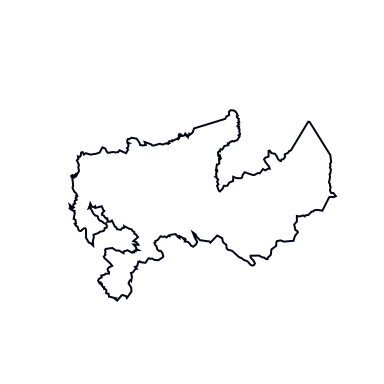 Ixcamilpa de Guerrero, Puebla, Mexico, rotated 135°
{"feature_id": "50627088B64482262192688", "entity_name": "Ixcamilpa de Guerrero", "entity_type": "district", "adm_level": 2, "iso_a3": "MEX", "parent_name": "Mexico", "parent_adm1": "Puebla", "projection": "equal_earth", "projection_center": [-98.671, 18.028], "detail": "fine", "context": "isolated", "style": "outline", "palette": "ink", "viewbox_px": 384, "rotation_deg": 135, "n_neighbors": 0, "source": "geoboundaries", "source_scale": "gbopen_adm2", "svg_char_len": 6096}
<svg xmlns="http://www.w3.org/2000/svg" viewBox="0 0 384 384"><g transform="rotate(135 192 192)"><path d="M60.1,159.5L92.6,151.5L94.7,152.3L95.9,151.7L99.9,153.0L101.5,150.9L104.2,150.6L106.0,151.7L107.3,151.0L107.9,152.4L107.9,154.5L106.7,157.9L106.4,160.5L108.3,163.2L107.8,166.3L108.7,166.9L112.9,162.9L115.8,164.4L117.9,164.2L118.9,161.2L119.6,155.3L120.6,153.5L121.5,154.6L124.9,155.5L125.6,158.1L130.6,157.2L132.2,158.9L135.6,159.8L136.9,160.9L140.9,168.8L144.5,168.1L146.3,166.8L147.9,167.3L150.7,170.3L152.1,173.6L155.2,170.7L159.0,172.3L162.6,171.4L165.1,173.9L167.5,172.8L171.7,172.6L172.1,173.1L171.9,174.4L169.8,178.8L167.9,178.7L167.0,181.5L164.7,182.3L164.6,186.2L163.8,185.6L161.6,188.3L159.8,188.8L160.0,190.2L159.6,190.6L158.7,189.9L158.3,191.4L155.0,193.8L154.5,193.1L152.4,192.9L149.5,196.4L148.9,196.3L148.7,195.3L147.9,195.3L146.4,198.3L147.9,198.4L147.9,199.1L145.5,201.6L144.2,201.7L143.5,200.9L141.7,202.1L140.6,200.6L136.6,201.6L133.2,199.5L132.2,201.0L131.3,200.1L130.0,200.5L127.2,199.4L126.9,198.3L123.1,196.7L118.8,197.8L118.9,199.2L117.1,198.9L115.8,201.4L114.0,202.7L114.2,203.9L112.6,204.7L113.5,206.1L113.2,206.6L110.9,206.5L110.5,208.5L109.1,208.1L108.6,209.7L107.2,210.6L107.4,212.9L106.9,213.7L105.5,213.7L105.6,214.6L104.7,215.5L104.4,218.6L104.9,220.2L106.8,222.5L109.0,222.6L111.5,220.1L114.3,221.1L116.7,220.2L145.6,235.5L149.2,233.7L152.4,233.8L152.7,235.1L154.1,234.2L154.6,234.9L155.9,233.9L155.6,235.3L156.2,234.9L156.3,236.5L155.7,238.0L157.4,237.5L159.2,238.3L159.1,240.5L159.9,242.0L161.3,241.3L160.6,239.5L162.3,240.2L163.1,239.1L163.8,239.9L164.6,239.2L165.1,240.3L169.1,241.7L169.3,242.4L170.0,241.8L172.0,243.9L173.0,243.8L173.4,242.6L174.4,243.6L174.9,243.0L176.1,244.9L179.1,246.2L180.8,249.0L185.9,251.7L187.2,253.0L187.1,254.4L190.1,260.8L191.4,257.9L194.0,259.8L195.4,262.0L194.4,263.7L193.4,268.8L196.4,273.1L198.8,273.8L200.0,274.8L201.2,274.4L202.6,272.6L202.1,271.3L203.0,272.0L203.4,270.4L205.3,268.9L206.9,269.1L207.3,267.2L211.2,266.1L213.8,272.8L215.9,272.4L218.0,273.9L219.4,276.0L223.7,279.1L223.8,280.7L222.6,284.0L223.8,286.9L229.4,285.2L233.0,287.0L237.4,290.3L239.7,294.6L242.0,294.9L241.1,297.5L242.5,298.3L244.9,296.4L246.5,296.2L247.5,297.8L248.8,295.8L251.0,295.8L252.8,291.1L254.8,290.0L257.1,286.7L262.8,285.1L263.0,286.1L261.9,286.9L263.2,287.1L263.9,285.5L265.0,285.4L266.0,286.3L265.2,286.8L264.8,288.6L266.2,288.7L266.7,286.6L269.5,283.0L271.8,280.3L273.4,279.6L275.0,275.7L274.9,272.9L275.8,270.4L276.8,271.1L277.2,270.0L278.6,270.0L279.0,268.1L281.0,268.7L282.5,267.5L282.7,266.5L284.7,267.1L286.3,265.8L286.4,264.6L288.1,265.1L287.7,266.2L288.3,266.8L287.5,267.7L287.6,269.3L289.1,266.9L289.7,266.7L290.2,267.8L289.9,264.9L288.6,261.9L289.3,262.0L289.6,260.1L294.7,256.7L294.1,254.8L296.3,251.8L297.4,252.4L297.9,250.0L297.5,248.2L299.1,245.3L299.1,244.3L298.2,243.0L294.4,242.8L293.1,241.8L293.6,240.3L299.4,234.4L300.7,229.2L299.8,227.0L299.8,224.0L297.0,227.3L293.3,229.5L291.9,231.4L286.8,229.0L285.6,229.2L282.5,227.2L281.0,226.9L279.3,228.2L277.5,227.1L276.0,228.3L275.4,230.8L276.2,231.8L276.5,235.2L277.2,236.1L277.4,237.6L277.0,239.9L275.9,241.3L276.1,242.5L276.9,243.5L277.1,246.0L275.0,252.9L276.6,253.5L275.0,254.2L274.7,253.3L274.1,253.4L273.2,255.1L272.0,255.8L273.1,252.4L272.0,250.4L270.7,250.3L271.6,249.1L265.9,245.7L267.5,242.0L267.4,240.6L270.8,240.5L271.8,239.6L271.1,237.8L271.6,235.0L270.6,233.3L271.4,232.9L271.1,232.4L271.8,231.4L273.0,230.7L271.8,230.3L270.8,228.8L268.8,228.5L271.0,221.9L270.5,220.5L271.4,218.9L269.2,215.6L267.1,215.9L265.8,215.0L264.5,215.8L264.8,214.8L263.8,214.9L262.2,209.9L261.1,208.3L261.5,206.4L261.2,204.3L262.3,203.3L261.7,202.2L262.1,198.3L268.2,198.7L266.7,195.6L267.4,194.7L266.9,193.2L267.3,192.5L270.4,196.2L270.7,192.2L271.7,191.2L271.0,188.8L273.0,190.7L273.8,190.0L274.4,191.1L275.7,190.3L276.3,191.6L277.3,191.5L278.8,196.4L282.2,198.2L283.7,197.1L285.1,202.4L287.0,204.1L287.9,208.7L293.3,212.8L294.7,212.3L295.4,210.8L297.3,209.7L297.7,208.8L300.1,208.7L300.6,207.2L300.3,199.7L300.6,196.2L304.0,197.4L306.1,197.2L307.2,195.8L307.2,194.0L308.5,193.0L310.9,195.4L312.6,195.4L315.2,197.1L316.1,195.5L319.4,196.4L321.2,195.6L321.9,192.9L320.7,192.9L320.5,191.3L320.9,190.6L322.0,191.5L321.6,190.6L322.1,187.6L321.4,186.9L322.7,185.7L321.9,184.3L322.0,183.1L324.3,181.1L322.9,179.0L324.7,176.8L321.1,171.0L322.1,171.3L321.7,168.1L314.7,168.7L313.7,167.9L312.3,164.9L313.0,163.1L305.3,164.4L302.7,167.2L301.4,172.3L298.5,173.5L297.4,173.0L297.6,172.3L294.5,174.4L292.4,177.9L290.7,177.0L286.4,177.6L285.4,176.8L285.2,179.3L283.3,178.3L279.2,180.7L278.6,179.6L278.0,179.8L277.5,178.0L274.9,174.8L270.0,175.9L269.2,175.6L268.8,174.2L267.3,173.2L266.6,170.6L264.1,167.6L258.8,166.5L257.8,166.8L256.1,169.8L255.7,172.6L256.9,173.5L257.2,175.7L255.4,179.0L255.5,180.4L254.6,182.6L253.4,182.3L252.6,183.3L250.2,182.3L245.5,182.9L244.4,180.9L242.7,179.9L242.2,177.9L239.3,177.8L239.1,176.6L237.6,177.0L233.3,173.8L233.7,172.2L233.2,171.4L233.8,170.4L233.4,168.1L232.0,169.5L231.0,166.4L231.1,164.6L230.5,165.0L229.9,164.0L230.0,163.0L232.1,162.1L230.2,159.7L230.0,157.6L230.6,154.7L229.8,152.4L226.1,152.1L223.5,153.1L222.7,156.5L220.0,162.9L219.5,159.6L220.4,156.9L220.3,152.1L214.6,144.6L214.8,143.2L205.0,143.4L203.3,138.0L205.4,134.9L205.5,132.5L205.0,130.7L207.5,127.4L207.4,125.9L205.2,121.9L204.8,112.6L203.7,110.1L203.4,107.5L201.8,103.8L202.1,98.9L201.2,97.2L199.8,96.5L198.0,97.0L197.0,100.1L196.9,104.2L195.6,105.5L189.5,99.6L188.6,96.3L187.4,94.7L187.0,92.0L186.0,91.1L184.8,92.0L180.9,91.8L176.4,95.2L170.5,94.4L168.2,96.6L166.6,97.2L163.6,95.1L162.0,91.8L154.7,85.7L150.4,88.1L145.5,88.7L145.1,89.9L145.8,91.9L142.8,96.7L138.7,97.0L134.8,100.9L133.4,98.8L129.9,96.7L129.6,95.1L128.4,95.3L125.9,93.5L121.2,93.5L119.9,92.5L118.3,92.5L116.0,90.7L113.0,86.6L98.8,91.3L97.0,90.2L95.3,88.1L93.2,87.3L92.8,91.4L94.3,93.0L93.4,95.5L90.4,97.5L90.3,98.4L88.8,100.1L88.4,101.9L83.7,105.0L82.0,107.4L80.7,107.5L77.8,109.8L77.2,111.8L76.0,112.3L74.3,114.4L72.5,114.7L68.1,120.3L59.3,158.4L60.1,159.5Z" fill="none" stroke="#020617" stroke-width="2"/></g></svg>